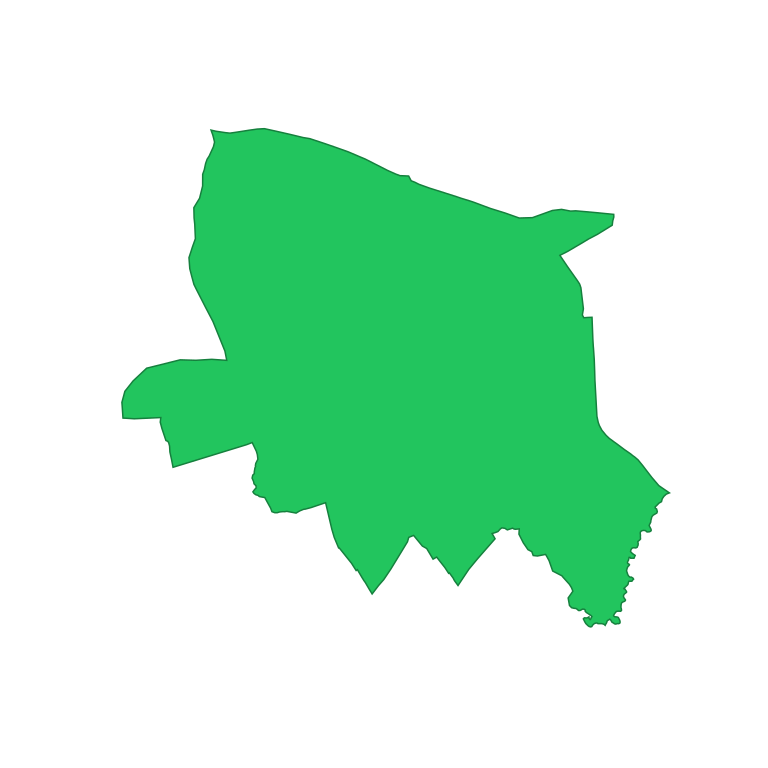 the district of Nassarawa, Kano, Nigeria, rotated 167°
{"feature_id": "59680162B98184498564097", "entity_name": "Nassarawa", "entity_type": "district", "adm_level": 2, "iso_a3": "NGA", "parent_name": "Nigeria", "parent_adm1": "Kano", "projection": "orthographic", "projection_center": [8.564, 12.008], "detail": "fine", "context": "isolated", "style": "filled", "palette": "green", "viewbox_px": 768, "rotation_deg": 167, "n_neighbors": 0, "source": "geoboundaries", "source_scale": "gbopen_adm2", "svg_char_len": 5418}
<svg xmlns="http://www.w3.org/2000/svg" viewBox="0 0 768 768"><g transform="rotate(167 384 384)"><path d="M122.0,497.6L139.2,503.4L146.5,505.8L158.2,509.6L163.3,510.5L171.7,514.2L180.9,515.2L201.9,512.7L214.9,515.3L227.6,523.4L240.8,531.1L249.0,536.5L251.1,537.9L251.4,538.1L255.8,541.0L258.9,542.9L267.0,547.6L271.2,550.2L294.5,564.0L294.9,564.2L305.0,570.7L308.6,573.7L308.9,573.9L311.8,575.9L312.6,578.9L313.2,581.1L320.4,583.1L321.6,583.4L322.8,584.3L325.2,585.8L332.6,591.4L351.8,607.5L357.1,611.3L366.4,618.1L377.8,625.4L388.0,631.8L401.0,639.7L402.4,640.3L407.3,642.3L419.9,648.6L431.9,654.4L443.1,659.7L450.1,660.9L458.0,661.6L470.6,662.5L477.7,663.1L482.0,664.6L490.9,668.1L495.4,670.3L494.8,665.0L494.7,661.1L494.7,657.8L496.8,653.6L503.1,645.4L505.8,642.8L508.2,639.0L510.9,633.2L513.5,629.1L516.2,617.7L521.9,606.5L529.6,598.6L531.7,588.5L532.5,582.0L535.1,568.0L539.9,560.5L542.7,555.8L545.6,551.0L547.3,540.1L547.3,539.7L547.1,532.0L546.8,523.8L545.7,519.1L540.7,499.1L536.6,483.4L531.6,451.9L531.9,442.4L546.3,446.8L561.9,449.4L577.2,453.4L611.7,452.8L627.7,443.5L638.1,435.2L643.5,425.1L644.3,420.0L646.0,409.5L643.5,408.8L635.2,406.3L609.0,401.5L610.6,397.2L610.4,390.7L609.8,384.4L609.2,378.0L607.5,376.7L607.0,375.1L606.9,371.8L607.9,365.9L608.0,358.5L608.2,352.8L608.3,350.3L531.4,355.8L525.6,356.6L523.5,347.2L523.3,343.7L523.8,339.1L526.8,335.5L527.6,333.6L527.7,332.4L528.3,331.8L529.0,330.4L529.5,329.1L529.9,328.3L530.3,327.1L530.5,325.9L532.3,324.8L532.5,324.5L533.7,322.0L533.0,318.2L533.1,316.0L531.6,313.6L532.0,311.4L533.7,310.4L536.0,308.4L535.3,306.6L533.8,304.9L531.8,303.8L530.8,302.4L528.6,301.4L525.7,300.2L522.4,288.5L521.9,284.8L519.3,283.1L517.0,282.6L514.4,282.8L511.4,282.4L509.4,281.9L507.4,281.8L498.7,278.0L494.7,279.3L493.4,279.5L490.4,280.0L488.8,279.8L482.8,280.0L475.8,280.7L467.6,281.5L467.5,254.4L467.0,245.7L465.1,234.5L464.6,234.6L456.0,216.7L453.1,208.5L451.7,209.1L449.0,200.5L447.8,197.0L446.8,194.6L444.6,187.5L442.8,182.1L434.7,188.8L428.2,193.5L419.0,202.1L404.4,217.0L396.6,225.0L394.4,229.0L389.2,229.8L383.1,217.5L379.4,214.1L375.6,202.3L371.6,203.5L369.4,198.7L366.0,191.5L364.7,188.0L363.6,185.0L362.8,185.3L360.3,179.4L359.6,176.6L357.2,171.0L343.1,184.3L332.1,192.7L321.3,200.5L310.6,208.2L312.3,214.0L309.0,214.2L306.2,214.6L303.3,216.6L301.5,217.3L298.5,216.1L297.6,215.0L296.6,214.1L291.1,214.6L290.0,213.5L288.7,212.9L284.8,212.4L286.3,207.3L284.0,197.9L282.5,194.1L281.0,190.2L280.5,189.8L277.7,187.4L277.2,183.3L273.2,181.9L264.9,181.6L264.1,179.1L262.9,174.8L261.7,163.8L253.8,157.1L253.2,155.8L248.4,147.1L247.1,143.3L246.6,139.6L252.7,134.1L253.1,126.4L251.5,123.8L249.3,122.7L247.5,122.1L246.3,120.9L245.5,119.6L244.1,119.2L243.0,119.4L241.4,120.0L239.7,119.6L238.7,118.4L239.1,117.5L238.3,115.9L236.8,114.4L235.3,112.8L234.3,111.8L233.7,110.5L234.6,109.9L235.3,108.6L236.2,108.1L236.9,109.4L236.7,111.0L237.6,110.7L239.1,110.4L240.4,110.8L241.4,111.1L242.6,110.3L241.8,106.9L241.2,105.1L239.6,102.6L238.6,101.5L237.2,100.8L236.1,100.9L234.6,102.4L232.8,103.3L231.1,103.4L230.1,103.1L229.5,102.4L227.9,102.0L226.0,101.6L224.5,100.9L223.5,100.2L222.8,99.1L222.0,100.1L220.8,101.3L219.9,102.9L219.0,103.4L217.8,103.7L217.2,104.1L216.6,103.8L216.1,102.8L215.8,101.7L215.4,100.5L214.1,99.4L213.4,98.5L212.1,97.9L210.8,98.1L209.5,97.7L208.2,97.8L207.6,98.6L207.4,99.8L207.5,101.1L207.8,102.1L208.1,103.4L208.6,104.2L209.9,104.8L211.3,105.2L212.0,105.7L212.4,106.6L211.6,107.8L210.6,108.7L208.7,110.1L207.0,110.0L205.5,109.6L204.5,109.3L203.5,110.0L203.3,111.3L203.4,113.0L202.6,115.7L201.7,117.3L200.6,117.8L198.9,118.1L198.3,118.2L197.5,118.8L197.3,119.4L197.7,120.4L198.1,121.2L198.5,122.8L198.1,124.1L197.3,125.1L196.3,125.6L195.3,126.1L194.6,126.4L194.4,126.9L194.4,127.3L194.7,128.1L195.1,129.2L195.5,130.3L196.0,130.3L196.3,130.6L195.9,131.1L194.8,131.7L193.3,132.6L191.9,133.4L191.2,134.1L190.6,135.5L189.8,136.7L189.0,136.6L188.1,136.3L186.8,136.1L185.8,137.0L184.7,137.7L185.1,138.9L186.4,140.2L187.8,140.5L188.7,141.6L189.3,143.2L189.7,147.4L188.7,149.5L187.5,151.2L186.4,151.8L185.5,152.6L185.8,153.4L186.8,154.2L187.0,155.0L186.5,156.2L185.5,157.2L184.7,158.8L184.2,159.9L183.2,159.7L182.8,158.7L181.7,158.5L179.6,158.0L177.8,160.5L179.1,161.8L180.6,163.7L181.5,165.3L180.6,167.1L179.1,168.3L177.5,168.3L175.5,167.6L174.0,168.0L173.5,168.8L172.7,169.8L172.2,171.4L172.2,173.3L171.1,173.9L169.8,174.6L168.9,175.3L168.6,177.3L168.1,179.1L167.9,181.2L167.2,182.4L166.0,183.0L164.1,183.0L162.1,182.3L161.4,181.0L160.4,180.5L158.3,180.3L156.9,180.8L156.5,181.5L156.6,182.9L157.5,186.4L156.6,187.7L155.3,189.2L154.5,191.3L152.8,194.5L151.1,195.7L149.1,196.3L147.2,196.9L146.4,198.2L146.5,200.9L147.6,202.0L147.4,203.3L145.9,204.1L142.8,206.1L140.1,206.9L138.7,209.6L136.5,211.6L133.7,213.2L130.4,213.7L136.2,220.0L139.1,223.2L144.1,232.8L148.5,242.4L150.3,246.4L151.8,249.4L153.5,252.9L156.1,256.4L157.7,258.2L159.3,260.3L163.1,264.5L164.4,265.9L165.9,267.7L170.7,273.4L173.1,276.1L174.0,277.2L176.7,280.3L179.1,283.9L182.1,289.9L183.5,295.1L183.9,298.4L183.8,304.6L177.6,340.4L175.9,348.8L173.7,360.2L171.8,372.0L171.7,372.9L171.2,376.0L170.4,380.7L166.3,402.2L170.4,403.0L174.4,403.6L175.2,406.6L172.8,412.4L170.5,433.5L170.9,437.4L172.3,441.2L178.8,457.1L183.7,469.8L175.2,471.9L157.7,477.4L152.3,479.2L142.8,481.7L142.4,481.8L125.9,487.4L124.4,491.5L122.5,495.0L122.0,497.6Z" fill="#22c55e" stroke="#15803d" stroke-width="1.5"/></g></svg>